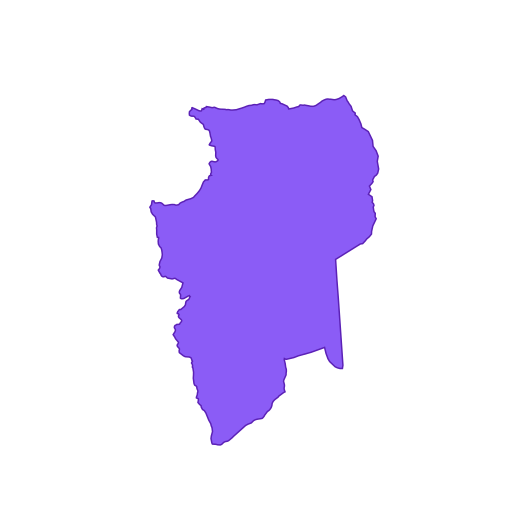 Togüí, Boyacá, Colombia (Natural Earth projection), rotated 32°
{"feature_id": "7082276B31863850614699", "entity_name": "Togüí", "entity_type": "district", "adm_level": 2, "iso_a3": "COL", "parent_name": "Colombia", "parent_adm1": "Boyacá", "projection": "natural_earth1", "projection_center": [-73.509, 5.918], "detail": "fine", "context": "isolated", "style": "filled", "palette": "violet", "viewbox_px": 512, "rotation_deg": 32, "n_neighbors": 0, "source": "geoboundaries", "source_scale": "gbopen_adm2", "svg_char_len": 6124}
<svg xmlns="http://www.w3.org/2000/svg" viewBox="0 0 512 512"><g transform="rotate(32 256 256)"><path d="M245.4,73.4L244.7,75.2L243.0,78.4L241.5,80.3L240.3,81.5L239.4,82.1L236.4,83.4L235.3,84.1L234.1,84.6L233.0,85.3L232.1,86.2L230.9,87.9L229.8,89.8L229.3,91.5L227.6,95.3L227.3,96.2L225.9,98.1L225.0,98.9L222.7,100.2L221.4,100.6L216.9,102.4L216.6,102.8L215.9,103.3L213.7,104.3L213.2,104.9L213.0,106.7L211.7,107.9L209.5,110.6L206.0,113.8L205.7,114.0L204.9,113.1L203.0,112.4L197.4,113.1L195.8,113.7L195.2,113.2L194.2,112.7L192.4,112.5L190.3,113.1L188.8,113.8L187.5,114.2L186.1,115.0L183.8,116.5L181.5,118.6L182.1,120.9L182.2,122.4L181.2,123.3L179.6,124.2L179.1,124.3L176.7,127.3L174.5,128.4L173.6,129.1L172.3,130.6L170.3,132.1L168.6,134.1L167.4,135.8L165.3,138.4L164.2,139.6L161.8,142.4L158.3,145.0L157.0,145.7L155.1,146.4L153.2,147.7L152.1,148.0L147.7,150.5L145.5,151.3L142.2,151.8L141.6,152.1L140.8,153.0L140.1,153.5L137.8,154.3L134.7,155.6L134.9,156.5L133.7,157.8L133.5,158.2L133.4,158.5L134.0,159.2L133.9,159.4L132.3,159.6L132.8,161.7L132.4,162.3L130.8,163.0L126.5,163.5L123.3,164.0L123.1,164.5L124.0,165.7L123.5,166.8L123.1,168.9L123.9,170.5L124.9,171.8L126.0,171.8L127.1,171.6L129.2,170.4L130.0,170.4L131.3,170.9L132.5,171.6L134.1,170.9L134.4,170.6L135.2,170.8L137.6,171.9L138.7,172.1L141.4,172.3L142.0,172.6L142.7,173.4L144.2,174.6L145.6,175.3L146.5,175.1L147.0,174.8L148.5,174.3L149.3,174.3L150.1,174.5L151.8,176.1L154.0,178.6L155.1,179.4L156.7,180.9L157.5,181.9L157.5,182.6L157.3,184.7L157.4,186.4L157.7,186.6L160.1,186.0L162.0,185.2L163.0,185.0L163.6,185.2L165.1,187.4L166.9,189.3L168.7,192.4L169.3,193.0L169.9,193.6L171.4,194.1L172.2,194.2L172.8,194.5L173.0,194.8L173.0,195.5L172.7,196.2L172.0,197.5L170.8,198.2L168.6,198.9L167.9,199.4L167.3,200.8L167.3,201.6L167.3,202.5L167.7,202.9L169.7,203.9L170.4,204.4L172.2,206.3L172.9,207.4L173.9,208.7L173.9,209.4L174.1,210.6L174.9,211.4L175.2,211.4L174.0,212.6L174.0,213.6L174.1,214.3L174.3,214.9L175.2,216.3L174.7,217.1L172.9,218.2L172.6,218.7L172.5,218.9L172.7,219.2L172.3,220.3L172.2,221.1L172.9,225.2L173.3,227.1L173.4,229.5L173.3,231.4L172.9,234.3L172.2,237.6L172.1,238.6L171.8,239.7L170.3,242.0L167.2,245.4L166.7,246.2L166.1,247.8L165.6,248.3L164.4,250.0L163.6,251.4L163.2,253.5L161.7,254.9L161.2,255.3L159.4,255.7L157.7,256.7L156.7,257.4L153.3,260.5L152.1,261.4L151.1,261.7L148.4,261.2L147.1,261.3L145.8,261.9L144.9,262.6L144.3,263.2L142.5,264.4L142.0,264.5L141.6,264.4L140.9,263.9L140.4,263.4L139.3,263.8L138.7,264.5L140.2,267.9L140.1,270.6L140.4,271.2L140.9,271.2L141.6,271.6L143.7,274.1L146.2,275.4L149.6,276.1L150.0,276.2L150.8,277.0L153.8,280.1L155.1,282.0L156.2,282.9L156.7,284.9L157.9,286.4L160.2,290.1L162.5,292.5L163.5,291.9L164.1,292.6L164.5,293.9L165.2,295.3L166.9,297.6L169.3,299.0L171.3,299.5L173.0,301.0L174.6,302.9L175.9,304.6L177.2,307.7L177.5,311.6L178.5,314.5L179.1,315.4L180.0,315.8L180.3,316.1L180.7,317.0L180.8,318.4L180.6,319.7L180.8,319.9L183.9,321.6L184.5,321.7L185.9,322.7L186.7,323.0L187.8,323.0L188.4,322.8L189.2,322.1L189.6,321.5L190.3,321.2L192.7,321.6L196.8,320.0L197.5,319.5L198.5,318.3L199.3,317.8L201.5,317.9L208.3,317.5L209.7,322.0L209.6,325.7L209.9,326.9L210.4,327.7L211.0,328.2L212.2,328.5L212.6,328.9L212.9,329.3L214.0,331.5L214.4,331.9L215.6,331.7L216.7,330.9L217.5,330.0L219.6,326.1L220.4,324.9L221.0,325.2L221.7,325.3L221.6,326.1L221.9,327.2L222.0,328.1L221.7,329.1L221.3,329.8L220.8,331.2L220.8,331.8L221.4,333.5L221.8,334.2L222.0,334.9L222.0,336.8L220.6,341.2L219.4,342.0L219.3,342.8L219.3,343.5L219.2,343.9L219.1,344.5L219.4,346.2L219.7,346.5L220.0,346.5L220.8,346.1L221.6,346.4L221.9,346.7L222.0,348.0L222.6,348.7L223.5,349.1L226.3,349.6L227.1,350.0L227.3,350.4L227.5,351.0L227.2,353.2L227.3,354.1L227.2,354.5L225.0,356.1L224.6,357.2L224.2,357.7L224.1,358.5L224.4,359.5L224.8,360.1L225.8,360.6L226.9,361.4L227.4,362.9L227.4,366.6L230.2,367.9L231.6,368.8L235.8,370.2L236.2,370.7L236.4,371.9L236.2,372.6L236.5,373.6L236.8,374.0L237.8,374.5L239.9,375.1L240.3,375.4L240.7,376.1L241.0,377.1L241.9,378.3L242.3,378.6L247.4,379.1L249.3,378.9L252.8,377.1L253.5,376.9L254.8,376.8L256.2,377.7L256.5,378.2L257.9,378.9L258.0,379.4L257.8,380.0L258.0,380.9L259.3,381.6L259.8,382.0L260.6,383.0L260.8,383.9L261.4,384.1L262.0,384.6L263.8,386.7L264.6,387.6L266.1,390.1L267.6,392.9L271.1,397.1L272.4,398.0L274.4,398.0L274.9,398.2L276.3,399.8L277.8,400.8L278.4,401.6L278.8,402.3L278.8,402.8L279.8,405.0L280.2,407.0L280.6,407.9L281.1,407.9L282.3,407.6L282.9,407.8L283.6,409.0L284.4,411.0L286.9,411.8L288.7,412.0L289.5,413.0L290.0,413.4L292.0,414.5L294.1,414.5L296.7,415.7L302.9,420.2L306.5,422.2L308.0,423.7L309.7,424.9L312.2,428.0L313.5,432.3L314.6,434.7L317.7,438.0L318.7,438.6L321.7,437.0L323.8,436.3L325.9,435.1L326.7,433.9L327.4,431.1L328.2,429.8L330.1,428.0L330.7,426.9L332.1,422.7L332.5,420.8L337.0,405.2L338.3,402.9L340.5,400.0L341.0,397.7L341.3,396.7L342.0,395.5L342.7,394.6L343.8,393.5L346.5,391.2L347.3,390.4L347.6,389.3L347.8,387.8L347.7,386.4L348.1,381.7L348.6,380.8L349.0,379.5L349.2,377.6L349.1,376.0L348.7,374.4L347.8,372.4L347.6,370.5L347.8,368.9L348.2,367.4L349.5,364.1L349.6,362.7L351.9,356.9L352.6,355.8L351.3,354.8L350.2,353.7L349.6,352.6L349.0,351.1L348.2,350.0L345.8,347.7L345.3,346.5L344.5,340.9L343.6,339.4L342.8,337.6L341.7,336.0L340.1,334.6L337.7,331.7L334.9,329.0L334.4,327.9L336.0,327.8L336.6,327.4L341.9,322.1L344.9,318.1L353.7,308.5L362.6,297.2L367.0,301.5L371.5,305.0L374.4,306.5L381.8,308.0L384.2,307.7L386.9,306.9L388.9,305.6L387.6,302.6L348.1,248.1L337.5,233.7L325.3,216.7L338.1,190.5L339.9,189.0L340.7,185.0L340.8,183.1L341.9,179.6L342.3,176.2L341.0,173.9L339.1,168.6L338.2,160.7L336.2,159.6L334.5,156.6L332.6,155.9L331.3,154.5L329.5,152.4L329.2,150.5L328.0,149.5L326.1,148.9L325.5,147.2L323.0,144.3L318.6,144.1L318.2,138.8L315.1,136.6L315.8,133.2L315.9,130.9L314.6,129.7L314.3,125.8L315.2,123.5L315.3,121.2L313.9,117.2L308.7,111.5L306.7,106.6L302.1,103.1L297.2,101.0L293.5,96.2L285.3,91.0L280.8,90.9L277.7,91.0L275.0,88.4L271.3,85.8L268.2,84.1L265.2,83.8L264.4,82.2L261.0,81.8L257.3,78.7L254.1,77.5L252.5,76.6L251.1,76.1L247.7,73.6L245.4,73.4Z" fill="#8b5cf6" stroke="#5b21b6" stroke-width="1.5"/></g></svg>